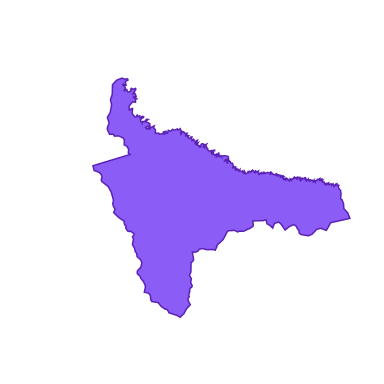 Mariscal Ramon Castilla, Loreto, Peru (Robinson projection), rotated 224°
{"feature_id": "86281439B43857057528938", "entity_name": "Mariscal Ramon Castilla", "entity_type": "district", "adm_level": 2, "iso_a3": "PER", "parent_name": "Peru", "parent_adm1": "Loreto", "projection": "robinson", "projection_center": [-71.702, -3.973], "detail": "fine", "context": "isolated", "style": "filled", "palette": "violet", "viewbox_px": 384, "rotation_deg": 224, "n_neighbors": 0, "source": "geoboundaries", "source_scale": "gbopen_adm2", "svg_char_len": 6111}
<svg xmlns="http://www.w3.org/2000/svg" viewBox="0 0 384 384"><g transform="rotate(224 192 192)"><path d="M281.5,142.1L277.3,139.5L272.5,141.6L269.3,141.5L267.3,140.5L265.6,137.5L264.4,136.9L255.8,137.7L250.0,135.8L243.7,132.1L242.1,130.7L241.1,128.7L238.6,127.1L235.3,126.1L234.1,122.8L227.2,122.7L220.2,123.9L219.5,122.8L217.6,121.6L215.8,121.8L214.6,120.0L211.2,119.2L209.6,120.0L209.1,121.1L204.4,121.7L203.8,120.9L203.9,118.6L201.3,117.3L198.3,112.8L194.2,111.6L191.4,109.7L189.1,109.4L186.6,107.3L182.1,107.6L178.8,106.2L176.6,102.4L176.5,97.4L175.2,95.7L174.0,95.1L171.2,95.4L168.7,94.3L164.7,93.8L160.9,92.4L159.3,91.0L156.7,86.8L153.4,88.8L151.4,88.9L149.8,88.5L146.8,85.8L144.8,85.3L139.5,88.9L134.6,88.3L130.1,89.0L128.1,90.3L124.6,89.1L116.8,92.9L113.5,93.6L113.3,98.8L114.8,104.3L114.9,109.7L119.3,111.2L120.9,112.5L121.2,114.7L122.8,115.6L124.8,119.4L125.8,119.7L126.5,121.7L126.0,123.0L126.7,124.7L130.2,126.1L132.2,129.2L135.8,130.2L137.3,133.8L143.4,140.3L143.4,143.6L143.9,144.5L149.9,149.0L147.4,151.6L146.8,153.3L146.9,156.0L145.3,158.5L141.5,160.6L136.8,165.3L134.9,166.2L136.1,170.0L137.0,171.0L136.6,179.5L138.9,187.2L139.0,189.3L134.8,193.9L131.4,195.0L130.8,196.5L127.6,199.7L126.3,202.9L126.5,203.6L125.2,205.3L124.3,209.6L124.9,210.8L128.2,213.4L120.7,221.1L119.4,223.5L116.0,221.2L112.7,222.1L108.9,222.1L110.9,226.8L108.6,230.7L105.4,230.7L98.6,229.3L97.9,235.0L96.1,239.3L93.3,239.8L90.3,238.7L88.5,238.8L86.6,237.0L84.3,237.0L77.9,241.3L76.3,244.9L76.3,252.0L74.0,255.4L68.7,257.7L70.9,266.3L60.1,282.7L65.5,285.2L71.2,285.5L74.8,288.8L78.8,290.7L80.3,290.2L83.4,294.1L86.1,296.3L88.5,296.5L91.2,297.8L91.1,298.7L92.5,298.0L93.3,298.5L93.2,297.5L93.8,298.1L94.1,297.7L93.7,294.8L95.1,295.6L95.9,295.0L96.3,295.7L96.8,294.7L96.4,293.9L97.7,294.4L98.6,292.4L100.0,293.5L100.1,292.3L100.8,292.2L100.2,291.0L101.1,291.0L101.0,290.2L102.0,290.6L102.4,289.8L103.8,291.0L105.5,289.7L105.9,290.8L106.6,290.4L106.6,291.2L107.8,289.5L107.9,291.2L108.9,290.0L108.9,288.9L109.5,290.1L109.8,288.7L110.7,288.2L110.2,286.9L111.3,285.5L110.5,284.9L111.4,285.0L111.6,283.9L112.5,285.2L112.5,283.8L113.8,283.9L115.0,281.4L116.3,281.2L116.1,282.2L117.0,281.2L117.4,281.8L117.5,279.3L118.8,279.6L118.7,280.4L119.5,280.9L120.2,279.4L120.2,280.9L120.7,280.9L121.3,278.6L122.5,278.5L123.1,277.8L122.2,276.6L121.7,276.8L121.6,275.5L122.9,275.6L122.8,276.4L123.8,276.2L124.7,277.3L125.0,276.5L126.1,276.3L125.5,274.1L126.2,274.2L126.7,275.3L127.3,273.9L128.7,273.9L128.1,272.9L128.8,272.6L128.5,271.7L129.2,270.6L128.1,270.3L129.5,270.1L128.9,269.4L130.5,269.4L129.5,268.0L129.8,267.5L131.7,267.8L132.2,266.6L132.2,267.6L133.2,267.4L133.3,268.4L133.7,266.2L133.0,265.5L134.4,264.9L134.2,265.9L134.7,266.4L135.1,265.0L136.6,265.7L136.9,264.6L137.1,266.2L136.6,267.0L137.7,267.0L138.1,265.9L138.9,266.5L138.3,265.5L138.8,264.1L139.8,265.5L142.1,264.2L142.3,263.5L141.5,263.2L142.5,262.5L143.9,263.9L144.3,262.7L143.8,262.3L145.5,261.2L146.5,261.3L146.4,260.8L147.6,260.3L148.1,259.2L149.1,260.2L148.6,261.2L149.3,261.2L149.3,259.6L151.2,258.6L152.2,256.4L153.1,256.4L152.9,255.3L153.6,254.8L154.1,256.0L154.5,255.7L153.9,254.4L154.7,253.5L155.6,254.0L155.6,253.1L156.3,252.9L155.9,251.1L158.1,251.9L158.8,253.2L159.1,251.7L160.8,251.4L159.8,249.9L160.6,249.4L161.2,250.1L163.6,249.8L163.3,249.0L163.9,248.6L163.3,247.2L164.6,247.1L165.2,246.3L164.9,245.6L165.8,245.7L165.2,244.2L165.9,242.6L168.6,243.3L166.8,241.3L168.5,241.9L169.0,241.3L170.2,242.4L170.8,241.0L172.2,240.4L173.0,241.3L172.8,239.6L174.8,240.3L174.5,239.3L175.9,238.5L176.0,239.5L176.7,239.6L176.5,238.3L177.7,238.9L178.0,240.3L179.5,239.2L179.3,237.0L180.4,239.5L182.8,240.8L184.3,239.7L185.6,240.5L186.8,240.0L187.1,238.8L186.6,237.6L187.1,237.3L187.7,238.2L187.6,240.2L189.4,238.9L189.2,237.8L190.1,236.9L190.4,238.4L188.7,241.1L189.9,242.4L191.2,242.5L194.1,240.5L195.4,238.6L194.8,237.9L196.5,238.3L196.5,236.6L198.0,236.4L198.1,237.4L199.9,238.6L200.0,237.6L198.9,236.1L198.9,234.2L200.8,236.0L201.2,233.9L202.5,234.4L203.4,233.7L203.4,235.0L204.4,235.3L204.6,233.4L205.6,234.2L206.5,234.1L205.0,235.1L205.4,236.9L204.4,237.3L204.8,237.8L208.2,233.3L209.2,233.1L210.6,233.9L211.8,233.2L212.3,234.5L214.4,234.7L214.8,236.5L215.4,234.9L214.0,232.5L215.1,232.4L216.4,234.5L217.5,234.4L218.6,233.1L218.1,231.7L218.6,230.3L217.1,230.6L218.0,229.4L219.8,230.0L221.1,229.3L221.7,231.4L222.3,228.9L223.4,228.9L223.7,229.6L223.0,230.8L224.0,233.0L225.0,230.3L226.9,230.1L227.0,231.1L227.5,231.1L227.7,229.1L229.2,229.9L230.3,231.6L231.0,230.8L230.9,228.9L232.3,228.4L233.4,228.5L233.3,230.3L235.0,229.6L235.5,227.9L236.1,228.4L236.4,230.8L238.1,229.0L239.8,229.6L240.5,228.7L240.0,225.8L241.5,226.9L242.1,228.8L243.7,228.7L244.5,229.3L244.9,226.9L246.4,227.2L247.6,224.1L249.5,223.7L249.5,221.0L251.9,219.9L250.5,217.3L251.5,216.9L252.9,217.6L254.3,215.3L253.5,214.4L252.0,215.5L252.1,214.2L253.6,213.7L255.5,211.0L256.7,211.3L259.0,208.9L261.7,211.4L264.4,211.6L265.1,213.3L266.3,210.0L266.1,207.6L266.8,207.6L267.6,209.4L268.1,206.0L270.3,206.2L268.8,210.3L269.9,211.9L274.5,210.3L273.9,213.7L275.2,212.8L275.1,209.5L276.4,208.6L275.6,206.9L276.8,207.7L277.8,206.9L279.0,208.2L279.4,209.8L278.6,211.8L279.2,212.6L280.3,211.9L280.9,209.1L282.5,210.5L283.4,208.9L284.9,209.3L284.3,207.2L285.1,206.4L289.6,206.8L292.7,210.8L293.5,209.8L293.5,207.7L294.2,207.5L296.9,210.0L297.4,215.6L295.0,217.3L297.0,219.3L296.5,220.6L299.9,219.3L300.1,220.4L298.3,221.3L298.5,222.0L301.7,223.3L302.7,221.6L303.7,226.9L304.6,227.3L305.8,224.9L307.6,224.5L307.6,223.7L306.1,222.2L307.3,219.5L308.2,219.3L310.1,220.4L310.7,219.7L310.6,218.1L311.2,217.8L312.1,220.6L316.5,221.2L316.2,222.1L313.9,222.1L313.5,223.1L316.4,224.7L316.6,226.0L315.7,227.7L316.5,228.6L317.5,228.3L318.6,226.4L321.4,225.4L323.3,221.5L323.9,219.9L323.7,213.9L317.1,206.7L314.8,201.8L310.6,199.0L307.8,195.1L305.8,191.7L304.8,187.0L299.5,184.0L297.7,179.7L296.4,178.2L291.4,176.2L288.7,178.9L286.6,178.3L283.7,181.4L278.8,183.1L276.4,182.0L273.5,178.8L270.1,179.9L269.5,179.2L267.5,178.9L264.8,175.7L262.6,176.0L281.5,142.1Z" fill="#8b5cf6" stroke="#5b21b6" stroke-width="1.5"/></g></svg>